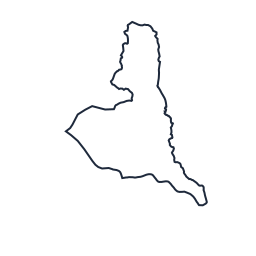 the district of Pak Xeng, Louangphrabang, Laos, rotated 250°
{"feature_id": "54806243B94581920301315", "entity_name": "Pak Xeng", "entity_type": "district", "adm_level": 2, "iso_a3": "LAO", "parent_name": "Laos", "parent_adm1": "Louangphrabang", "projection": "albers", "projection_center": [102.685, 20.214], "detail": "fine", "context": "isolated", "style": "outline", "palette": "slate", "viewbox_px": 256, "rotation_deg": 250, "n_neighbors": 0, "source": "geoboundaries", "source_scale": "gbopen_adm2", "svg_char_len": 5019}
<svg xmlns="http://www.w3.org/2000/svg" viewBox="0 0 256 256"><g transform="rotate(250 128 128)"><path d="M82.9,105.5L82.4,107.9L82.3,108.7L82.1,109.5L81.8,110.3L81.6,111.7L81.1,113.2L80.8,113.8L80.3,115.2L79.9,116.0L79.4,116.9L79.1,117.4L78.8,118.4L78.6,119.9L78.3,121.3L77.9,122.8L77.8,123.8L77.7,125.3L77.8,128.5L77.8,129.3L77.7,130.4L77.6,130.9L77.6,131.2L77.3,132.3L76.9,133.2L76.5,134.0L75.9,134.7L75.2,135.2L73.8,135.7L72.8,136.0L71.6,136.4L70.5,136.8L69.3,137.1L67.6,137.8L67.0,138.4L66.6,138.9L65.8,141.2L65.6,142.4L65.3,143.8L65.0,145.2L64.5,146.4L64.0,147.3L63.3,147.9L62.0,148.5L60.7,149.1L58.9,149.6L56.2,150.7L55.0,151.0L53.6,151.5L52.7,152.0L51.6,152.7L51.1,153.3L50.3,154.6L49.5,157.0L48.9,159.2L47.1,161.3L45.8,162.7L45.0,163.6L44.1,164.3L42.5,165.2L41.2,165.9L38.6,166.7L36.9,167.0L35.2,167.3L33.3,167.9L32.1,168.1L31.2,168.4L30.1,171.1L29.8,171.8L30.2,174.3L30.5,175.6L31.1,176.5L31.8,176.8L33.2,176.9L35.3,177.1L37.1,177.2L39.0,177.4L40.8,177.7L42.5,177.8L43.9,177.8L44.1,178.0L44.9,178.3L45.5,178.5L46.0,178.7L46.5,178.8L46.9,178.8L47.1,178.7L48.0,178.4L48.7,177.8L49.0,176.5L49.5,175.3L50.8,174.6L52.4,174.0L53.8,173.2L54.8,172.5L56.1,171.6L57.0,171.0L57.5,170.1L58.4,169.5L59.0,168.7L59.1,168.0L62.6,166.1L63.2,166.1L64.4,165.8L65.6,165.4L66.8,165.2L68.0,165.8L69.2,165.8L70.7,165.8L71.4,165.8L73.2,164.6L75.3,164.9L76.5,164.9L77.4,164.4L78.5,163.3L79.1,162.6L79.5,161.1L80.2,160.2L81.8,160.4L82.5,160.6L83.9,161.4L85.0,161.4L86.5,161.4L87.7,161.0L89.7,160.8L90.4,161.5L91.1,162.6L91.8,163.2L93.0,164.1L94.4,164.1L94.9,163.1L95.8,162.2L96.8,161.8L97.8,161.5L98.8,162.0L100.2,162.0L101.2,162.0L102.4,162.0L103.2,162.9L103.5,164.2L103.6,165.6L103.5,166.1L103.9,166.5L105.2,166.7L106.6,166.9L107.4,166.1L109.1,167.4L110.6,167.9L112.1,168.2L113.8,168.4L114.6,169.8L115.8,170.7L116.8,171.0L116.8,171.7L117.1,171.7L117.4,171.3L117.6,171.0L117.8,170.8L117.9,170.6L118.1,170.5L118.2,170.4L118.3,170.4L118.5,170.4L118.8,170.5L119.1,170.6L119.3,170.6L119.6,170.6L119.9,170.7L120.4,170.9L120.6,170.9L120.9,171.0L121.4,171.3L121.8,171.5L122.1,171.5L122.5,171.6L122.8,171.5L122.9,171.4L123.0,171.4L123.3,171.3L123.5,171.3L123.8,171.1L124.1,171.0L124.4,170.8L124.5,170.7L124.8,170.6L125.0,170.6L125.2,170.4L125.3,170.4L125.4,170.2L125.6,170.0L125.7,169.8L125.9,169.8L126.0,169.7L126.3,169.5L126.5,169.4L126.7,169.2L126.8,168.9L127.1,168.7L127.2,168.4L127.3,168.3L127.4,168.2L127.5,168.1L127.8,168.1L127.9,167.9L128.1,167.8L128.2,167.7L128.4,167.6L128.5,167.6L128.8,167.5L129.0,167.5L129.2,167.4L129.3,167.5L129.6,167.7L129.8,167.8L129.9,168.0L130.1,168.1L130.3,168.1L130.6,168.2L130.8,168.2L130.7,168.4L130.8,168.4L130.9,168.5L130.9,168.8L130.9,169.1L131.1,169.2L131.2,169.3L131.3,169.2L131.4,169.3L131.5,169.4L131.6,169.5L131.8,169.7L131.9,169.8L132.0,169.9L132.1,170.0L132.3,170.0L132.5,170.1L132.8,169.8L133.0,169.9L133.3,169.8L133.4,169.7L133.5,169.6L133.7,169.4L133.8,169.4L134.1,169.6L134.3,169.8L134.4,170.0L134.5,170.1L134.7,170.3L134.8,170.5L134.7,171.2L135.0,171.4L137.9,172.1L139.6,172.4L141.3,172.6L143.1,172.6L144.6,172.4L146.2,172.1L147.5,171.9L148.7,171.6L151.8,171.2L152.7,171.1L153.6,170.9L155.9,170.4L156.4,170.3L157.2,170.2L157.7,170.0L157.9,170.1L157.7,170.1L158.4,170.8L159.6,171.4L161.2,172.2L162.6,173.0L163.8,173.7L165.1,174.3L167.9,175.5L169.7,176.2L170.9,176.5L172.4,177.0L177.2,179.6L179.2,180.7L180.2,179.8L181.7,179.8L182.6,180.4L183.6,181.2L184.4,182.2L187.4,182.7L189.8,182.9L191.5,183.3L193.5,184.9L196.0,185.3L197.9,185.1L200.3,185.6L201.6,186.3L203.8,185.3L205.2,185.0L206.1,186.8L208.1,187.5L209.3,186.4L210.8,184.9L213.1,184.8L215.9,183.9L217.9,182.1L218.6,180.3L219.5,178.9L219.5,176.8L220.2,175.0L221.4,173.2L223.4,171.2L226.2,168.2L225.8,166.8L225.1,164.5L224.9,163.2L224.1,162.6L222.8,162.6L219.6,160.8L220.0,159.0L219.5,157.4L217.6,157.4L216.5,158.1L215.1,158.9L213.6,158.8L211.7,158.4L209.7,157.7L207.7,156.8L207.5,155.9L208.4,155.0L208.7,154.0L208.4,152.4L207.7,151.5L204.9,150.9L201.9,150.1L198.7,146.2L197.7,146.7L196.6,146.8L196.1,146.5L195.9,145.1L195.1,144.6L194.2,144.2L192.9,143.2L192.1,143.2L190.8,143.5L189.4,143.5L188.7,143.6L188.0,143.2L187.0,143.1L186.0,142.5L185.5,141.9L185.6,140.5L185.8,139.5L185.1,138.4L185.1,137.1L184.7,136.5L184.4,135.5L183.4,134.0L181.1,132.1L179.4,130.7L178.6,129.8L178.1,128.9L177.7,127.9L176.8,127.8L175.7,128.0L174.3,128.2L173.2,129.7L171.8,130.5L169.9,131.5L168.7,132.4L167.7,132.9L167.7,134.3L166.9,136.2L165.3,137.2L165.8,139.3L165.3,140.0L164.6,141.3L161.9,142.3L159.7,143.7L157.9,143.8L156.2,142.9L154.7,141.6L152.7,141.3L152.3,140.6L152.7,139.9L153.4,138.5L153.9,136.0L153.8,132.8L154.3,129.7L154.1,127.4L153.7,125.9L153.6,124.3L152.9,123.3L151.8,122.5L150.5,121.2L153.2,112.8L159.9,103.1L160.8,101.8L159.8,94.1L157.9,85.4L154.9,82.1L150.2,77.0L147.7,73.6L146.1,68.5L140.7,72.1L133.0,76.4L122.9,79.7L109.1,83.3L104.6,84.8L101.5,86.7L98.8,89.8L97.0,96.2L94.6,99.3L94.2,99.6L92.4,102.9L90.8,104.7L89.6,105.4L88.9,105.6L87.7,105.7L86.6,105.7L84.3,105.6L82.9,105.5Z" fill="none" stroke="#1e293b" stroke-width="2"/></g></svg>